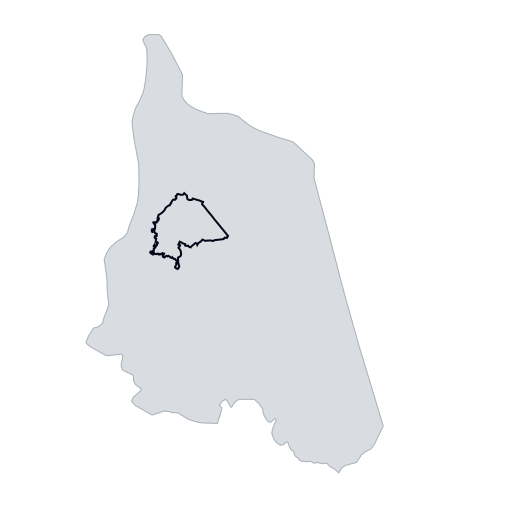 Ar-Raqqa, Ar Raqqah, Syria shown in context, rotated 287°
{"feature_id": "27442178B57458390277946", "entity_name": "Ar-Raqqa", "entity_type": "district", "adm_level": 2, "iso_a3": "SYR", "parent_name": "Syria", "parent_adm1": "Ar Raqqah", "projection": "natural_earth1", "projection_center": [39.122, 35.826], "detail": "fine", "context": "in_parent", "style": "outline", "palette": "ink", "viewbox_px": 512, "rotation_deg": 287, "n_neighbors": 0, "source": "geoboundaries", "source_scale": "gbopen_adm2", "svg_char_len": 6185}
<svg xmlns="http://www.w3.org/2000/svg" viewBox="0 0 512 512"><g transform="rotate(287 256 256)"><path d="M80.8,179.5L85.0,179.9L93.8,185.3L95.3,185.2L98.0,178.0L100.6,175.6L106.1,173.5L107.8,162.0L110.4,159.7L113.5,158.6L118.2,158.3L122.3,157.6L122.6,155.6L116.9,142.3L117.5,138.9L120.4,125.5L122.2,120.3L123.8,118.6L130.4,119.2L139.5,121.6L141.9,125.4L146.3,128.9L153.0,128.6L160.8,129.3L166.8,129.5L171.7,127.1L182.6,122.6L188.0,121.1L192.9,119.1L208.7,111.7L215.0,112.3L219.4,113.3L222.7,114.5L230.1,119.5L236.2,124.6L240.5,126.1L248.3,126.0L259.4,126.9L273.2,126.9L281.2,125.4L291.4,122.9L309.7,116.9L333.7,104.4L347.7,98.3L353.8,97.6L361.7,97.5L369.7,99.1L378.7,100.2L382.8,100.1L392.5,98.9L405.1,96.3L413.0,94.2L422.5,90.8L428.5,85.2L430.4,84.6L432.9,85.6L434.0,86.0L436.5,89.2L439.1,97.5L439.2,98.5L438.7,100.8L432.5,107.7L424.1,116.9L418.1,122.8L407.9,132.7L400.3,134.8L387.4,138.3L383.9,141.8L380.7,147.4L378.9,155.0L378.4,159.8L378.1,168.7L381.2,177.9L384.1,186.8L384.5,192.7L384.3,198.5L381.5,204.7L378.5,213.1L376.8,222.7L376.0,240.7L376.0,256.0L375.8,258.5L370.5,269.3L364.4,281.9L361.5,284.8L347.8,288.6L332.8,297.8L316.1,308.2L300.9,317.6L285.0,327.4L268.4,337.6L256.5,344.9L240.7,354.7L226.2,364.1L211.5,373.5L200.3,380.7L183.4,392.1L173.4,398.8L158.8,408.6L145.9,417.2L130.6,427.4L111.5,424.4L105.5,422.6L100.6,417.8L97.0,415.2L88.0,412.5L82.3,403.3L78.9,400.1L72.8,398.6L75.5,392.8L76.0,388.9L78.6,384.2L77.0,381.1L76.3,374.5L75.2,372.9L74.8,371.2L75.7,369.1L75.4,366.9L74.3,366.0L73.9,362.7L73.1,360.3L73.5,357.3L74.9,355.4L76.3,351.7L77.9,350.6L80.5,348.3L81.1,345.9L83.5,343.5L86.5,341.6L87.2,340.0L86.8,339.2L83.7,337.4L82.1,334.4L83.6,329.9L84.6,328.5L86.5,326.3L90.6,323.1L93.8,322.5L96.6,322.5L101.3,322.8L105.0,323.4L105.9,322.5L105.8,321.4L101.3,318.7L101.1,316.6L102.2,314.3L105.4,310.7L109.2,308.0L111.2,307.5L115.6,302.2L118.4,296.2L114.0,281.7L111.3,279.3L106.9,277.3L104.3,277.0L104.1,276.1L107.6,272.4L110.1,269.2L107.4,266.1L102.5,264.7L100.7,267.9L94.4,268.1L84.6,268.1L80.5,252.8L79.9,246.1L80.1,238.4L83.2,227.2L81.8,221.9L81.7,218.4L81.0,213.6L73.5,203.2L77.8,184.1L80.8,179.5Z" fill="#d9dde1" stroke="#a8b0b8" stroke-width="1"/><path d="M228.3,158.6L228.7,160.4L229.5,161.0L229.6,161.6L229.6,161.9L229.3,162.3L229.5,162.7L229.1,163.0L229.8,163.7L229.7,164.4L230.3,164.7L230.2,165.0L231.4,165.6L231.4,167.2L231.1,167.1L230.7,167.3L230.5,167.0L230.6,166.5L230.2,166.3L229.4,166.7L229.5,167.2L228.1,167.2L228.1,167.9L228.0,168.0L227.8,168.8L228.3,169.1L229.2,169.6L229.2,169.8L230.0,170.4L229.8,171.6L230.5,172.1L230.3,172.7L230.4,173.2L229.8,174.3L229.9,174.6L229.6,175.0L229.6,175.7L229.5,176.4L230.1,176.5L229.6,177.1L229.5,178.0L229.4,178.2L229.3,178.6L229.5,179.4L229.3,179.7L228.8,180.7L228.5,180.7L228.3,181.5L228.0,181.8L227.9,182.1L227.6,182.4L227.2,182.2L225.8,181.7L225.1,182.1L225.2,182.4L223.8,182.3L223.1,182.0L222.0,181.8L221.3,182.0L220.9,183.3L220.7,183.7L221.0,184.1L220.7,184.9L221.1,185.2L221.3,185.2L221.9,185.5L223.8,185.6L225.5,184.5L227.3,183.3L229.1,182.9L231.2,181.9L231.7,182.0L232.4,182.4L232.7,182.9L233.0,183.1L233.5,183.6L234.3,184.0L236.0,183.8L237.2,183.3L238.5,182.7L239.4,181.9L240.3,180.8L241.0,179.9L241.1,179.5L241.5,179.4L242.3,179.8L243.2,180.3L244.2,180.2L244.2,179.8L244.2,178.6L244.2,178.4L245.9,178.7L246.6,178.9L246.9,178.8L247.2,179.0L247.4,179.0L246.6,183.1L246.7,184.8L245.9,185.0L245.2,185.3L245.6,187.8L246.0,188.0L245.3,189.0L245.2,191.0L245.6,191.0L250.3,194.0L250.8,194.5L250.4,196.0L249.5,196.6L251.4,197.0L253.9,199.1L256.0,199.9L255.7,203.3L256.5,204.9L257.6,208.1L257.8,210.5L258.2,211.1L258.9,211.5L262.7,220.1L262.8,220.1L263.0,220.1L263.3,220.2L263.4,220.3L263.5,220.3L263.8,220.4L263.9,220.5L264.0,220.5L264.3,220.7L264.3,220.8L264.5,220.9L264.5,221.0L264.6,221.3L264.6,221.5L264.6,221.8L264.6,222.0L264.6,222.3L264.6,222.5L264.8,222.7L264.8,222.8L265.0,222.8L265.3,222.8L265.5,222.9L265.8,222.9L265.8,223.0L266.0,223.0L266.7,223.4L267.0,223.4L268.3,221.5L279.6,204.5L280.4,203.5L285.7,195.5L286.7,194.1L287.6,192.9L288.0,192.2L288.7,191.1L289.0,190.8L289.1,190.1L289.6,189.6L290.0,189.2L291.5,189.1L292.0,189.7L292.3,189.6L292.3,189.2L292.2,189.1L292.5,185.7L292.4,178.6L290.9,178.3L290.0,175.9L290.3,173.9L292.2,172.7L293.4,172.4L295.1,169.0L293.5,168.5L292.8,167.2L292.5,165.8L292.6,165.4L292.5,164.3L292.6,163.5L292.1,162.6L291.7,162.8L291.5,162.6L291.1,162.6L290.8,162.5L290.4,162.4L290.1,161.8L289.5,161.7L288.7,162.7L287.9,162.9L287.9,162.6L287.6,162.5L286.2,162.2L285.7,160.3L282.5,159.2L282.2,159.2L282.0,159.3L281.8,159.2L281.5,159.4L280.8,158.9L279.3,158.8L279.1,158.1L277.8,157.0L276.6,156.0L274.7,155.3L273.6,155.3L271.9,154.6L271.3,154.3L270.0,153.5L269.2,153.0L268.2,152.1L266.7,150.7L266.1,150.9L263.7,150.8L263.6,152.2L262.4,152.2L262.3,151.3L261.1,151.3L261.0,151.9L260.4,151.6L260.3,151.3L259.7,151.3L259.7,150.9L259.5,150.6L259.0,150.4L258.7,150.6L258.5,149.9L258.3,149.6L258.3,149.2L258.4,148.9L258.3,148.7L258.2,148.6L258.2,148.4L258.4,148.3L258.3,148.1L258.0,148.0L257.9,148.3L256.9,149.2L256.9,149.8L256.5,150.4L255.6,150.5L255.3,150.8L253.0,151.4L252.9,151.4L253.0,151.2L252.6,151.0L252.7,150.9L252.2,150.6L251.7,150.1L251.6,149.6L251.1,148.8L250.8,149.1L250.4,149.3L249.8,149.0L249.6,149.2L249.2,149.2L249.0,149.4L248.9,149.4L248.6,149.8L248.9,150.1L249.0,150.3L250.3,150.6L250.3,150.9L251.2,151.0L250.3,151.4L249.6,151.8L248.8,152.3L248.3,152.9L248.3,153.4L248.4,153.7L248.1,154.3L248.1,154.7L246.9,155.0L247.0,154.7L246.7,154.7L246.3,155.0L246.1,154.8L246.2,154.5L245.6,154.1L245.4,153.5L244.8,153.5L244.7,153.9L243.8,154.0L243.9,154.7L243.6,155.4L242.8,155.3L242.7,155.5L239.8,156.0L239.8,156.4L240.4,156.4L240.2,158.0L239.7,158.1L239.6,158.3L238.8,158.0L238.3,158.0L238.2,157.9L238.1,158.0L237.6,158.1L237.5,157.9L236.4,157.5L236.8,156.1L236.7,155.7L236.9,155.6L235.6,155.2L235.1,155.5L235.0,156.9L234.7,157.2L234.3,157.0L234.0,156.9L233.0,156.5L232.9,156.2L232.5,156.4L232.0,156.5L231.7,156.5L230.3,155.7L229.8,156.0L229.7,155.9L229.6,154.0L228.3,153.8L227.9,154.4L227.8,155.8L227.6,155.8L227.3,156.8L227.7,156.8L227.9,156.9L228.1,157.2L228.3,157.4L228.4,157.8L228.9,157.8L228.6,158.0L228.3,158.6Z" fill="none" stroke="#020617" stroke-width="2"/></g></svg>